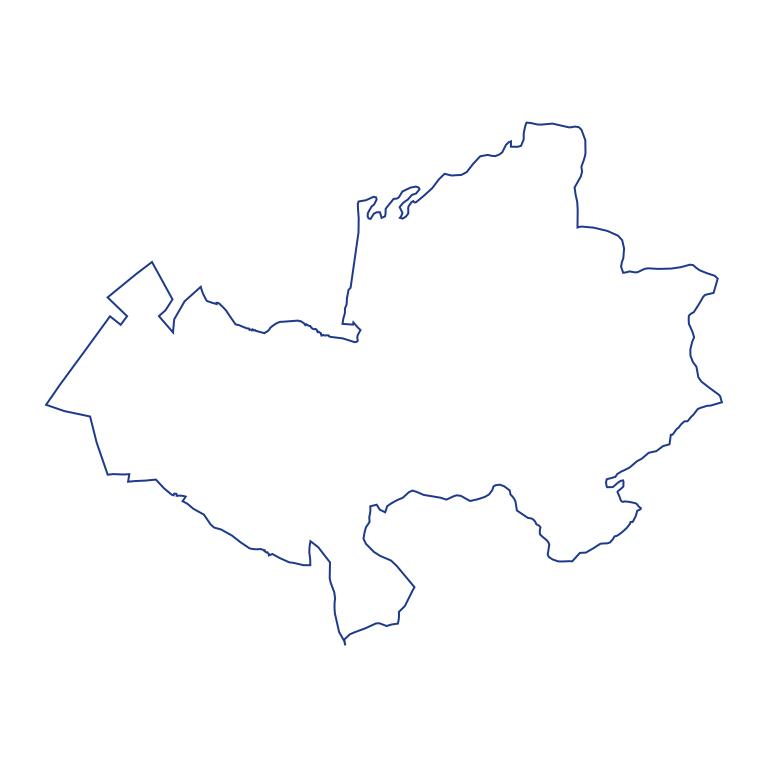 the district of Bocsa, Caras-Severin, Romania
{"feature_id": "2599482B42018204539713", "entity_name": "Bocsa", "entity_type": "district", "adm_level": 2, "iso_a3": "ROU", "parent_name": "Romania", "parent_adm1": "Caras-Severin", "projection": "equal_earth", "projection_center": [21.744, 45.393], "detail": "fine", "context": "isolated", "style": "outline", "palette": "blue", "viewbox_px": 768, "rotation_deg": 0, "n_neighbors": 0, "source": "geoboundaries", "source_scale": "gbopen_adm2", "svg_char_len": 6121}
<svg xmlns="http://www.w3.org/2000/svg" viewBox="0 0 768 768"><path d="M572.3,561.3L579.9,552.9L585.9,552.6L594.1,547.8L600.3,543.8L602.7,543.5L607.6,543.3L610.1,542.4L613.1,538.9L614.5,536.4L616.7,535.9L619.5,534.2L623.0,531.4L626.8,527.9L629.9,523.9L630.6,522.0L632.7,521.9L635.1,517.4L636.1,515.1L637.2,510.7L638.9,510.1L640.8,508.9L640.6,507.8L639.3,507.1L636.6,503.8L634.7,503.0L628.8,501.8L624.4,501.4L623.1,501.9L622.0,501.6L620.9,500.6L619.1,495.6L617.8,492.9L617.5,491.8L618.0,491.1L622.2,487.7L623.3,486.6L623.4,485.5L623.5,482.1L623.1,480.4L620.6,480.9L618.0,482.6L613.1,486.9L612.7,487.1L607.1,487.2L606.5,485.8L606.0,482.4L606.7,479.3L615.3,476.9L617.4,473.9L619.9,472.5L621.2,471.5L623.7,470.5L629.5,467.6L637.0,461.2L641.5,458.9L648.7,452.8L656.4,451.1L663.0,446.1L669.5,444.3L670.8,434.8L672.6,434.6L676.8,428.9L678.3,428.0L681.1,424.3L684.4,421.4L687.6,421.2L691.5,416.4L693.0,415.2L697.7,409.1L700.3,407.9L707.2,405.8L710.5,405.6L721.9,402.3L721.1,399.7L720.5,397.3L719.9,395.9L718.9,394.8L708.8,387.4L701.4,381.6L698.4,377.4L696.4,366.7L692.9,362.0L690.5,355.9L690.3,349.7L692.1,342.1L694.1,337.2L693.1,333.8L691.9,330.5L688.9,323.9L688.7,319.8L688.8,316.0L689.7,314.8L690.9,313.8L692.2,313.0L693.7,312.3L698.7,304.6L703.3,296.7L705.1,294.9L713.6,292.9L717.7,278.7L714.8,275.8L707.2,273.3L699.7,270.3L696.3,267.9L693.1,265.1L690.0,264.7L680.7,267.2L671.1,268.6L658.1,268.9L648.1,268.3L645.1,268.8L643.2,269.5L637.8,272.1L635.3,272.4L629.5,271.4L626.4,272.3L623.2,272.8L621.1,266.8L621.8,262.4L623.3,258.2L624.1,248.6L622.2,240.3L618.1,235.7L607.3,230.9L593.4,227.6L582.0,226.6L579.7,226.8L577.5,227.5L577.7,209.6L577.2,201.8L575.6,194.7L574.6,187.5L580.8,176.5L582.1,171.7L581.4,166.7L583.8,160.1L584.8,156.7L585.5,153.3L585.3,140.1L581.5,129.9L579.1,127.4L578.1,127.0L574.7,126.6L571.5,127.2L569.2,127.4L552.5,123.6L541.5,124.6L537.6,124.5L530.6,123.0L526.5,122.6L525.3,125.9L524.3,130.3L523.7,133.7L523.7,139.5L521.0,145.9L517.5,146.8L510.9,146.7L511.0,141.4L508.8,142.2L506.1,144.7L502.2,152.4L499.1,154.6L495.3,156.1L491.5,155.8L487.8,154.9L480.2,156.3L473.1,163.9L466.7,172.1L461.4,174.9L451.5,175.5L444.6,173.8L439.0,179.2L432.2,188.2L422.9,196.6L416.2,202.1L415.1,202.5L414.0,202.1L413.3,201.1L411.5,202.1L408.5,206.4L408.2,208.4L408.3,213.4L406.0,216.5L402.6,218.6L399.9,217.8L401.1,216.4L402.5,212.9L399.6,207.1L403.2,202.8L408.0,199.4L411.8,195.0L416.1,193.5L419.5,189.3L418.6,187.5L415.9,186.6L410.5,187.6L402.4,191.5L398.9,197.3L396.8,198.6L393.6,198.9L385.7,208.7L385.5,214.1L385.0,216.4L381.6,217.9L379.9,212.2L376.6,212.3L373.8,213.7L370.6,218.9L368.6,218.4L367.6,216.3L367.9,213.1L371.5,206.6L374.1,204.5L376.6,199.6L376.1,197.4L373.6,196.8L366.0,200.2L358.6,201.5L357.8,203.7L358.0,209.0L358.7,218.4L358.5,232.4L350.6,287.7L348.4,290.1L347.9,293.5L347.6,294.5L347.4,296.5L347.0,297.3L346.6,304.5L345.0,308.4L344.9,312.8L344.7,313.9L343.3,318.7L342.5,323.9L353.0,324.6L353.4,322.4L357.9,327.6L360.5,330.0L358.1,334.4L357.5,336.0L357.3,337.6L357.7,340.7L357.3,341.5L355.1,342.2L354.5,342.1L342.8,338.4L329.9,336.8L329.1,336.4L328.8,335.5L328.3,335.4L326.4,335.3L324.8,335.6L323.4,334.9L322.6,335.1L322.2,335.5L321.5,335.6L321.4,335.1L321.0,334.5L321.0,333.3L318.8,331.9L318.2,332.2L317.7,332.2L317.5,331.8L317.5,331.0L316.8,330.6L316.6,329.6L316.2,329.3L315.4,329.0L313.8,329.2L312.9,328.9L311.1,327.5L310.3,326.0L308.7,325.8L306.3,324.2L306.0,324.3L305.7,325.2L305.3,325.2L303.9,323.2L301.5,321.7L300.5,321.1L299.4,321.2L298.1,320.6L282.0,321.8L280.4,321.8L278.3,322.5L276.1,323.5L272.2,326.2L270.4,327.7L269.2,329.6L267.5,331.3L266.6,331.9L265.6,332.2L264.5,333.2L255.7,330.8L255.5,330.3L255.1,330.1L253.5,330.4L253.2,329.7L252.5,329.3L252.0,329.7L251.9,330.1L251.7,330.3L251.0,329.8L250.2,329.6L249.5,329.8L249.3,329.0L248.8,328.5L247.0,328.4L242.6,326.7L238.7,325.0L236.9,324.8L235.9,324.3L235.5,324.3L229.1,315.1L226.1,310.5L223.9,308.1L219.4,303.7L218.6,303.2L218.1,302.9L216.6,302.8L216.6,304.1L214.1,303.3L212.3,302.9L210.9,302.3L207.1,301.1L205.9,299.5L203.1,293.9L201.7,290.1L200.8,286.8L184.6,301.3L174.2,319.3L173.0,332.4L158.9,316.1L165.5,310.3L172.5,299.4L152.0,262.0L136.2,274.0L107.6,297.4L127.1,316.2L120.7,324.8L110.0,316.3L84.6,351.2L59.9,384.8L46.1,404.8L64.4,411.1L90.1,416.5L96.6,442.4L107.7,474.7L113.1,474.1L123.4,474.5L129.3,474.2L128.1,481.7L134.6,481.1L145.3,480.6L155.9,479.6L164.1,488.4L171.7,494.7L173.6,495.3L174.2,493.7L176.3,493.8L176.4,494.4L176.9,495.0L176.7,495.8L177.3,495.9L179.3,495.6L181.6,495.7L182.2,495.9L183.2,495.9L185.7,496.6L182.6,501.2L187.3,503.7L193.4,508.8L203.9,514.6L210.6,524.4L214.0,527.5L221.1,529.5L231.9,535.5L240.4,542.2L249.5,548.3L252.1,548.9L254.9,549.2L257.6,549.3L260.3,549.0L264.7,550.3L264.4,551.0L266.4,552.5L267.2,552.2L267.5,552.5L267.9,553.1L268.8,553.8L268.9,555.4L272.4,554.0L279.4,557.9L289.2,562.3L293.7,562.9L303.6,565.2L310.3,565.2L310.2,559.2L309.3,552.5L309.3,551.5L309.6,546.3L310.5,541.2L318.3,547.3L330.0,562.4L329.7,578.4L330.6,582.5L334.3,592.4L335.1,598.6L334.6,602.4L334.5,606.2L334.6,610.1L335.0,613.9L339.1,632.0L344.3,641.2L345.3,645.4L344.3,639.5L349.9,634.3L354.8,632.2L365.6,628.2L376.0,623.4L379.6,623.3L386.5,626.0L392.1,624.4L397.9,623.6L398.5,620.7L398.9,617.8L399.0,614.9L398.9,611.9L404.9,606.0L412.7,590.3L414.5,587.2L396.7,565.9L391.0,560.5L380.1,555.9L373.9,551.9L366.0,543.9L363.5,538.8L364.4,533.1L365.9,527.4L369.5,522.1L369.3,516.8L369.9,514.2L370.3,511.6L370.4,509.0L370.3,506.3L376.7,504.7L379.8,509.7L385.2,512.3L387.2,506.2L390.8,503.7L394.5,501.5L398.5,499.5L402.6,497.9L408.9,492.2L412.3,490.6L416.2,491.7L423.6,494.9L440.5,497.7L446.4,499.6L453.8,496.2L456.8,495.3L460.9,495.9L470.1,501.0L477.6,499.3L484.9,496.9L489.1,494.4L492.3,490.1L493.5,486.4L495.7,485.2L499.9,484.7L504.2,486.3L509.7,490.4L510.5,494.5L512.7,496.8L514.5,499.4L515.5,501.6L516.9,510.5L527.9,517.9L531.6,518.5L533.7,519.9L535.3,521.8L536.3,524.2L539.3,525.8L540.5,527.4L540.0,529.1L539.8,530.9L539.8,532.7L540.1,534.5L542.7,537.0L545.6,539.2L548.0,541.7L549.3,544.6L547.7,554.6L548.9,557.1L552.7,559.5L558.3,561.4L561.6,561.5L568.9,561.2L572.3,561.3Z" fill="none" stroke="#1e3a8a" stroke-width="2"/></svg>